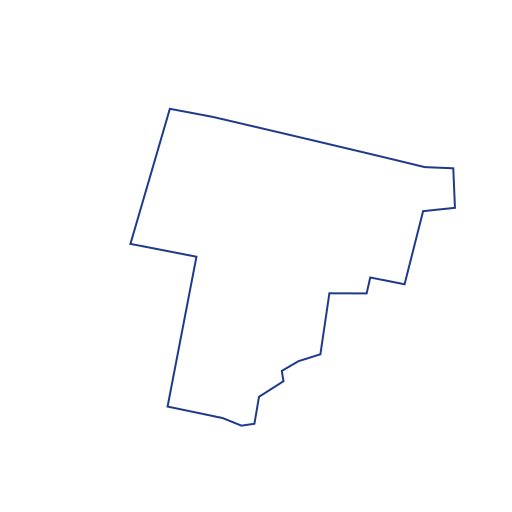 the district of Rupea, Brasov, Romania, rotated 120°
{"feature_id": "2599482B289507895873", "entity_name": "Rupea", "entity_type": "district", "adm_level": 2, "iso_a3": "ROU", "parent_name": "Romania", "parent_adm1": "Brasov", "projection": "albers", "projection_center": [25.263, 46.025], "detail": "fine", "context": "isolated", "style": "outline", "palette": "blue", "viewbox_px": 512, "rotation_deg": 120, "n_neighbors": 0, "source": "geoboundaries", "source_scale": "gbopen_adm2", "svg_char_len": 476}
<svg xmlns="http://www.w3.org/2000/svg" viewBox="0 0 512 512"><g transform="rotate(120 256 256)"><path d="M114.8,107.8L81.4,129.0L94.7,154.4L107.0,196.3L132.0,279.8L157.0,362.5L171.6,404.2L308.3,370.8L286.4,307.2L307.5,299.9L430.6,257.3L426.2,243.9L413.0,203.7L410.2,183.8L402.1,173.5L376.4,183.0L350.7,169.6L342.6,176.2L325.8,166.6L308.9,151.1L251.6,173.8L233.1,141.5L217.5,146.3L206.2,113.2L133.6,133.7L114.8,107.8Z" fill="none" stroke="#1e3a8a" stroke-width="2"/></g></svg>